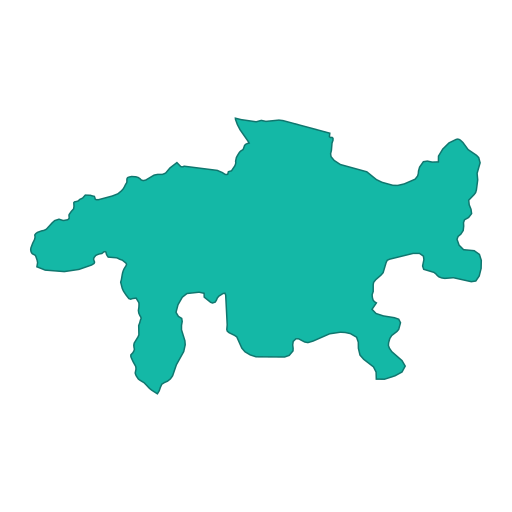 Graubünden, Robinson projection
{"feature_id": "CHE-170", "entity_name": "Graubünden", "entity_type": "Canton", "adm_level": 1, "iso_a3": "CHE", "parent_name": "Switzerland", "parent_adm1": "", "projection": "robinson", "projection_center": [9.485, 46.618], "detail": "fine", "context": "isolated", "style": "filled", "palette": "teal", "viewbox_px": 512, "rotation_deg": 0, "n_neighbors": 0, "source": "natural_earth", "source_scale": "10m", "svg_char_len": 4568}
<svg xmlns="http://www.w3.org/2000/svg" viewBox="0 0 512 512"><path d="M172.6,375.8L170.4,378.9L167.5,381.2L164.5,382.5L161.8,384.2L160.4,387.3L159.2,390.8L157.4,393.8L157.2,393.7L151.6,390.1L149.4,388.3L144.2,382.8L140.1,380.3L138.4,379.1L136.5,376.3L135.7,374.7L135.2,373.0L136.0,369.1L135.9,367.5L135.7,366.4L133.2,361.9L131.2,357.6L130.8,356.1L130.9,354.8L132.9,352.7L134.0,350.7L134.4,349.2L134.0,347.3L133.8,345.2L134.2,343.1L138.0,336.9L138.9,334.8L138.7,325.5L139.7,322.9L140.5,319.9L141.1,318.6L140.9,317.3L139.7,315.2L138.8,313.1L138.4,310.5L138.9,307.1L139.0,304.6L138.9,302.7L136.1,298.1L132.3,298.6L131.2,299.0L130.7,299.2L128.9,298.6L126.2,295.2L123.6,291.3L122.9,289.9L122.2,288.2L120.7,282.3L120.9,281.3L121.3,280.1L121.6,278.4L122.2,274.8L122.6,272.8L123.3,270.6L124.1,268.8L126.0,265.8L126.5,264.6L126.3,263.6L125.7,262.9L122.4,260.2L119.6,259.2L117.9,258.3L116.7,257.8L108.2,257.1L107.0,255.4L106.3,253.9L106.0,252.2L105.3,251.7L103.9,251.8L101.9,253.5L99.5,253.9L97.5,254.6L95.8,255.4L94.0,257.6L93.6,259.1L93.9,260.5L94.4,261.5L94.5,262.5L94.0,263.5L91.6,265.0L79.0,269.4L64.3,271.6L45.2,270.1L36.9,266.8L37.6,262.6L37.1,260.1L35.8,256.3L35.2,255.3L34.2,254.7L33.1,254.2L32.3,253.7L31.5,252.7L31.0,251.5L30.7,249.7L30.9,248.0L32.7,243.2L34.5,239.6L34.9,238.0L35.1,236.8L34.9,236.0L34.8,235.0L35.7,233.7L37.4,232.4L41.5,230.9L44.0,230.4L46.4,229.2L52.2,222.8L54.7,220.6L59.0,219.2L62.7,220.4L63.7,220.5L67.5,219.8L68.3,219.3L69.2,218.2L69.0,215.4L69.0,215.0L69.3,214.3L71.3,211.4L73.6,208.9L74.0,206.3L73.8,202.7L74.5,201.9L76.4,201.5L78.1,201.0L79.8,199.4L82.6,198.1L85.3,195.1L90.4,195.3L93.0,196.1L94.2,196.3L94.7,197.1L95.2,199.1L96.2,199.7L98.5,199.7L112.3,196.0L117.9,193.8L121.4,190.9L123.2,188.9L124.5,186.7L125.2,185.2L125.9,183.9L126.6,182.9L126.9,181.9L126.9,179.5L127.1,178.4L127.7,177.6L129.3,177.0L131.7,176.5L135.9,176.8L138.2,177.5L140.0,178.7L141.2,180.0L143.2,180.6L145.7,180.1L154.1,175.1L157.7,174.4L162.4,174.4L164.5,173.6L165.8,172.9L170.0,167.9L176.9,162.6L180.8,166.6L181.7,166.8L183.0,166.8L184.1,166.2L217.3,170.4L222.4,172.6L225.1,174.4L226.9,174.5L227.7,174.3L228.4,171.7L231.5,170.8L234.8,165.9L235.5,164.2L235.8,162.6L235.6,161.2L236.4,157.5L237.7,155.1L239.4,152.4L240.6,151.1L243.0,149.6L243.6,148.3L244.6,145.4L245.7,144.3L247.2,143.6L249.1,143.1L247.7,140.7L240.1,129.8L237.4,124.6L235.5,119.4L235.4,118.2L241.0,119.6L249.3,120.8L256.2,121.8L261.3,120.4L265.9,121.4L278.9,120.1L283.0,120.6L329.8,133.2L329.4,136.7L330.5,137.5L332.0,137.4L333.0,138.3L333.0,140.2L332.0,143.1L331.4,150.4L330.6,153.7L331.0,156.6L334.1,160.4L340.3,164.5L366.8,171.8L376.4,179.6L382.0,182.3L392.8,185.3L396.2,185.4L397.9,185.4L404.3,183.9L415.1,179.2L417.6,176.0L418.3,173.6L418.5,171.0L419.6,167.1L423.4,161.7L427.4,161.1L432.2,162.1L438.4,161.9L438.5,156.1L442.8,149.0L449.0,142.9L456.2,139.4L457.6,139.1L459.0,139.4L460.3,140.1L462.9,142.5L468.1,149.6L476.5,155.3L478.7,157.6L480.1,162.8L477.1,173.3L477.7,179.9L476.4,189.9L475.6,192.6L474.1,194.6L468.7,200.2L469.2,204.8L471.0,209.3L471.6,213.6L468.6,217.5L464.5,219.8L463.5,222.6L463.7,226.1L463.2,230.5L460.8,234.2L458.1,236.4L457.0,239.3L459.1,245.2L463.6,249.7L474.2,250.7L479.4,254.4L481.3,260.4L481.1,268.4L479.2,276.0L477.7,278.2L475.8,281.0L471.3,281.7L453.4,277.7L444.8,278.4L441.6,277.9L438.8,276.8L437.2,275.4L435.9,273.9L434.0,272.4L423.7,269.3L422.6,266.0L423.9,259.6L423.4,256.1L419.5,253.4L413.1,253.4L389.6,259.2L387.2,260.3L386.1,262.6L383.1,272.7L381.0,275.1L375.7,279.7L373.6,282.4L373.2,284.7L373.2,291.5L372.1,294.7L372.4,297.6L373.0,299.9L374.3,301.6L376.4,302.9L372.0,309.3L376.0,313.5L383.3,315.9L394.4,317.7L398.7,319.2L400.5,322.7L398.7,329.4L396.9,331.5L391.7,335.5L389.8,338.5L388.6,342.7L388.4,345.5L389.4,348.2L391.7,351.6L402.0,360.6L405.2,366.1L402.0,372.0L395.0,375.8L384.5,379.2L376.3,379.1L376.1,372.1L373.5,366.9L363.7,359.3L360.0,355.1L358.4,348.3L358.3,342.2L356.6,337.2L350.4,333.6L345.3,332.5L340.4,332.2L329.6,333.8L313.0,341.1L307.9,342.6L304.7,342.0L298.6,338.8L295.9,338.8L293.2,341.4L292.7,344.9L293.1,348.4L293.0,350.9L289.2,355.4L284.6,357.0L256.0,356.8L250.2,354.9L245.0,351.8L241.8,348.1L236.8,336.9L234.6,335.4L229.1,332.7L227.3,331.2L226.8,329.5L227.2,324.8L225.7,295.1L224.9,293.2L223.0,293.5L218.9,296.1L217.3,298.0L216.4,300.2L215.2,302.1L212.5,303.0L210.6,302.3L204.2,297.1L204.1,293.3L199.1,292.2L187.0,293.5L182.3,297.2L178.0,304.7L176.0,312.3L178.4,316.4L181.7,318.4L182.2,321.5L181.5,325.4L181.5,329.8L184.9,340.8L185.2,344.8L183.7,351.6L176.4,364.7L172.6,375.8Z" fill="#14b8a6" stroke="#0f766e" stroke-width="1.5"/></svg>